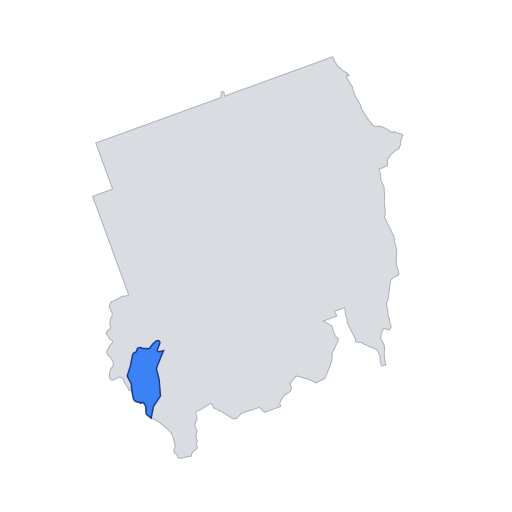 Central Darfur highlighted on a map of Sudan, rotated 340°
{"feature_id": "SDN-5859", "entity_name": "Central Darfur", "entity_type": "State", "adm_level": 1, "iso_a3": "SDN", "parent_name": "Sudan", "parent_adm1": "", "projection": "robinson", "projection_center": [23.507, 12.127], "detail": "fine", "context": "in_parent", "style": "filled", "palette": "blue", "viewbox_px": 512, "rotation_deg": 340, "n_neighbors": 0, "source": "natural_earth", "source_scale": "10m", "svg_char_len": 4744}
<svg xmlns="http://www.w3.org/2000/svg" viewBox="0 0 512 512"><g transform="rotate(340 256 256)"><path d="M340.9,402.5L336.9,402.5L336.5,401.4L336.5,398.5L337.0,396.2L338.4,392.7L338.0,390.7L338.2,388.0L337.1,384.8L327.4,375.8L325.5,373.3L320.3,371.0L321.1,368.4L318.8,349.9L319.9,347.8L320.1,344.5L320.1,341.7L321.3,336.9L321.4,334.9L311.1,334.8L311.0,336.8L311.5,339.1L311.5,340.0L297.2,340.1L303.0,347.3L303.3,350.5L303.0,354.5L303.1,357.1L303.4,358.7L305.0,362.0L304.9,362.6L304.5,363.4L294.5,373.0L292.8,377.5L291.5,379.9L288.6,383.9L279.3,394.2L277.8,394.9L270.8,395.3L270.1,395.5L269.5,396.0L269.2,395.9L263.1,389.8L252.9,382.5L246.2,386.3L244.4,387.7L244.4,391.2L243.4,393.0L241.6,395.0L236.6,396.2L234.0,397.3L230.9,399.3L227.9,402.6L227.7,404.3L228.0,405.8L210.9,405.8L209.7,404.5L207.2,399.1L205.5,399.4L189.8,398.8L187.6,399.3L183.1,401.6L180.9,402.0L178.5,400.9L170.3,390.1L168.5,388.8L166.6,386.3L164.9,385.1L164.3,384.3L164.1,383.2L164.1,380.8L163.5,379.3L162.3,379.0L151.2,381.5L149.6,381.2L147.3,381.7L146.5,382.1L145.6,383.5L145.4,386.5L145.1,387.9L144.3,389.6L141.1,393.2L140.4,394.8L140.6,398.9L140.4,400.9L139.9,401.8L138.5,403.4L138.0,404.3L137.5,409.4L135.8,412.6L135.4,413.7L135.3,415.9L135.0,416.6L130.0,418.4L128.1,419.5L127.0,421.3L126.7,422.0L124.5,421.4L121.8,421.0L116.6,420.4L114.5,419.6L113.5,418.3L113.8,415.2L113.3,414.6L112.5,414.0L111.9,412.6L112.0,411.0L114.8,407.4L115.4,405.5L116.1,396.4L115.9,393.6L113.7,388.6L108.7,379.8L107.4,378.1L101.2,370.9L100.4,369.8L98.9,366.7L100.6,360.1L100.7,358.2L100.3,356.3L98.7,354.9L97.3,354.7L95.4,352.9L94.2,352.1L93.1,350.5L92.4,348.3L92.9,340.5L92.6,339.4L91.0,339.1L90.6,338.6L90.7,337.1L89.8,332.6L88.8,328.9L89.4,326.8L88.0,324.0L85.5,322.8L80.5,323.8L78.9,323.6L77.8,323.1L77.1,322.1L76.7,320.8L77.1,319.0L78.5,315.7L80.3,312.9L83.9,310.4L84.8,309.1L85.4,307.6L85.5,305.9L85.2,304.1L84.8,302.5L83.8,300.3L82.8,297.8L82.8,296.1L83.2,294.9L84.2,293.4L87.8,290.5L91.4,288.1L92.1,287.2L91.8,286.2L90.1,284.2L89.6,280.4L88.7,277.7L90.6,275.6L91.9,274.9L94.1,274.3L94.9,273.5L95.2,271.8L95.1,270.3L95.9,269.1L96.9,266.7L97.7,265.6L100.5,262.7L101.2,260.8L101.3,259.0L100.6,253.6L102.2,251.3L104.2,249.4L107.2,249.5L111.8,249.1L114.9,248.3L117.2,248.4L122.3,249.4L122.8,248.9L123.1,247.5L122.9,144.1L143.9,144.1L144.2,143.9L144.1,95.0L276.2,95.1L277.3,94.9L279.3,90.3L280.2,90.0L281.5,90.2L282.0,91.3L280.9,95.0L396.2,95.0L396.6,100.6L397.6,105.1L401.0,111.5L403.9,114.9L404.9,116.8L405.0,117.7L404.9,118.5L404.1,117.6L402.6,116.9L402.5,119.9L403.3,126.0L404.6,130.3L403.8,134.3L404.1,141.0L405.7,149.1L405.5,154.3L408.2,166.3L410.6,172.9L411.9,174.6L413.4,175.5L416.2,176.0L420.4,179.4L423.7,183.0L424.9,184.9L426.5,186.9L427.5,186.6L428.2,186.0L429.3,187.7L434.5,191.3L435.3,192.9L433.5,194.6L431.4,197.4L430.4,200.0L429.9,200.8L428.2,202.5L427.9,203.2L427.2,203.8L426.4,203.8L424.6,204.7L423.1,204.4L421.5,204.9L420.9,205.5L419.6,206.1L417.9,206.4L415.3,208.6L413.0,209.6L412.2,210.5L411.0,214.9L410.2,216.1L406.7,216.2L405.0,216.6L402.7,216.1L401.6,216.1L401.3,217.1L400.9,220.9L401.0,222.5L399.2,226.8L399.9,234.9L398.1,240.9L397.9,242.3L396.0,247.1L395.1,248.8L392.8,257.8L391.9,260.5L390.0,263.4L392.3,284.9L390.7,291.5L390.8,295.1L389.7,300.3L388.7,302.8L387.2,305.8L385.9,309.1L384.9,313.4L384.2,321.7L383.8,322.4L377.7,323.4L375.8,324.0L374.5,324.9L372.9,327.1L369.8,332.9L368.2,336.4L365.7,341.3L362.7,344.7L362.1,346.4L361.6,349.5L360.5,354.5L359.6,358.0L359.8,360.8L358.9,365.7L359.0,368.1L358.0,369.4L356.6,370.7L355.6,371.0L351.3,367.7L348.3,370.0L346.4,373.1L345.0,376.3L345.9,383.1L345.8,384.6L345.4,386.2L342.6,392.9L341.8,395.9L341.0,401.2L340.9,402.5Z" fill="#d9dde1" stroke="#a8b0b8" stroke-width="1"/><path d="M102.0,372.5L99.0,367.4L98.9,366.8L99.8,363.3L99.9,363.1L100.3,362.6L100.3,362.4L100.3,361.9L100.4,361.4L100.5,360.9L100.9,360.1L101.0,359.6L101.0,358.9L100.9,358.6L100.4,356.8L100.1,355.1L99.8,354.8L99.3,354.7L97.2,355.0L97.0,354.9L97.0,354.1L97.0,353.9L96.4,353.3L94.7,352.7L93.9,352.3L93.2,351.4L92.5,350.4L92.1,349.2L92.0,348.1L93.2,340.5L93.6,339.3L93.6,338.8L93.6,338.5L95.1,333.5L93.9,324.7L99.8,317.2L106.6,306.2L108.2,305.3L110.7,305.1L113.2,302.1L113.8,302.1L115.0,302.2L115.6,302.3L116.2,302.6L116.8,303.0L117.5,303.7L118.1,304.2L118.8,304.5L121.0,305.3L122.7,306.2L123.3,306.3L124.2,306.2L125.2,305.8L128.6,303.6L132.1,302.1L133.0,301.9L133.8,301.8L134.6,301.8L135.2,302.0L135.7,302.4L136.1,303.0L136.2,303.5L136.2,304.0L136.0,304.5L135.7,305.1L134.8,306.3L131.9,309.5L131.4,310.2L131.1,311.0L131.1,311.7L131.4,312.3L132.0,312.7L132.7,313.0L136.7,313.3L125.4,325.8L124.1,327.7L123.7,328.6L123.7,329.4L122.8,338.4L118.4,354.7L113.9,358.1L108.3,362.1L102.0,372.5Z" fill="#3b82f6" stroke="#1e3a8a" stroke-width="1.5"/></g></svg>